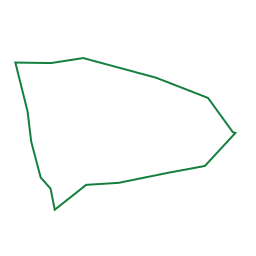 an SVG outline of Al Jifarah, rotated 85°
{"feature_id": "LBY-2973", "entity_name": "Al Jifarah", "entity_type": "Municipality", "adm_level": 1, "iso_a3": "LBY", "parent_name": "Libya", "parent_adm1": "", "projection": "equal_earth", "projection_center": [13.064, 32.491], "detail": "fine", "context": "isolated", "style": "outline", "palette": "green", "viewbox_px": 256, "rotation_deg": 85, "n_neighbors": 0, "source": "natural_earth", "source_scale": "10m", "svg_char_len": 381}
<svg xmlns="http://www.w3.org/2000/svg" viewBox="0 0 256 256"><g transform="rotate(85 128 128)"><path d="M203.0,208.1L181.7,210.4L169.7,219.3L133.3,225.6L102.8,226.6L53.0,234.5L56.6,199.0L54.4,166.6L80.3,95.8L89.9,76.3L105.1,45.6L141.2,24.0L142.3,21.5L172.5,54.7L176.2,92.8L181.8,142.1L181.0,174.6L198.0,200.5L203.0,208.1Z" fill="none" stroke="#15803d" stroke-width="2"/></g></svg>